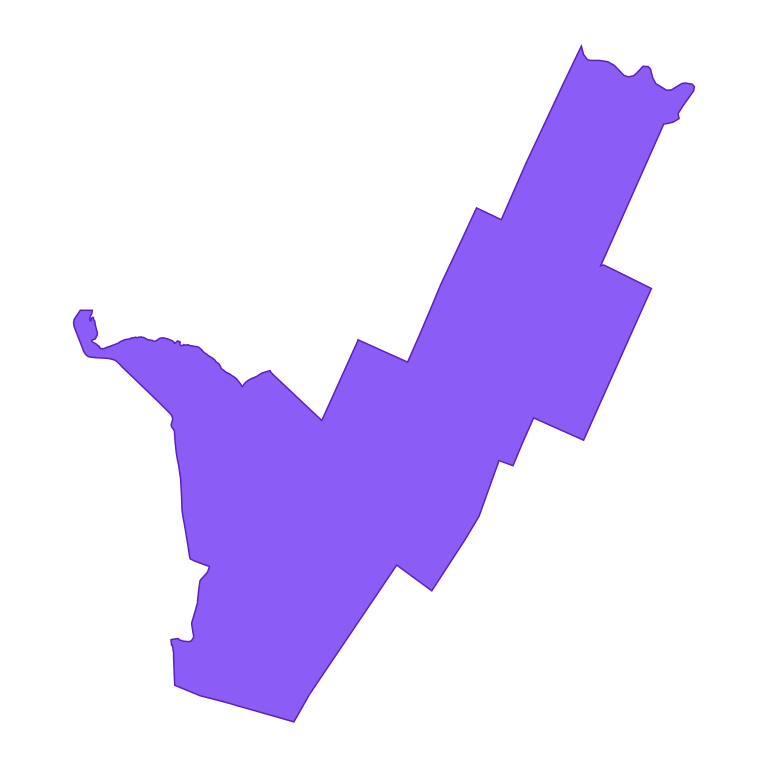 Suhaia, Teleorman, Romania
{"feature_id": "2599482B91866656002466", "entity_name": "Suhaia", "entity_type": "district", "adm_level": 2, "iso_a3": "ROU", "parent_name": "Romania", "parent_adm1": "Teleorman", "projection": "albers", "projection_center": [25.195, 43.756], "detail": "fine", "context": "isolated", "style": "filled", "palette": "violet", "viewbox_px": 768, "rotation_deg": 0, "n_neighbors": 0, "source": "geoboundaries", "source_scale": "gbopen_adm2", "svg_char_len": 5915}
<svg xmlns="http://www.w3.org/2000/svg" viewBox="0 0 768 768"><path d="M651.4,288.5L604.1,265.1L603.0,265.1L601.4,265.5L600.7,265.8L663.8,124.0L667.4,123.5L673.0,122.2L679.1,118.6L678.1,113.6L683.2,105.5L693.6,91.0L694.4,86.7L692.1,84.1L684.9,83.0L681.9,83.5L671.4,89.9L666.5,90.2L655.8,83.6L652.7,77.8L650.5,69.0L648.2,66.6L643.0,66.3L636.6,73.2L633.5,75.8L628.4,76.9L624.0,75.4L614.3,65.4L607.8,61.7L599.0,60.4L590.3,60.4L587.5,59.7L583.5,54.4L582.1,48.7L581.3,46.1L562.6,85.2L525.6,164.1L501.3,219.7L476.5,207.9L463.0,237.1L440.9,284.2L429.8,310.8L418.8,336.6L407.6,362.1L358.0,339.8L357.9,340.6L321.8,420.5L275.1,376.5L271.1,372.5L270.5,371.7L270.1,370.7L269.5,370.7L265.5,372.0L264.4,372.3L263.5,372.5L262.8,372.7L261.9,373.1L259.6,374.4L258.3,375.4L257.3,376.1L254.0,377.6L252.4,378.1L249.1,379.8L248.5,380.2L247.3,381.0L246.3,381.8L245.6,382.5L245.0,383.1L243.5,384.9L243.0,385.8L242.2,386.6L239.4,382.3L238.9,381.7L237.6,380.4L237.1,379.4L236.3,378.8L235.9,378.3L235.6,378.1L234.8,377.5L233.9,376.8L233.0,376.2L232.4,376.0L231.9,375.6L230.9,374.9L229.8,374.0L227.9,373.1L226.6,372.6L225.6,371.9L223.7,370.3L223.0,369.8L222.0,369.1L221.0,368.2L220.6,366.6L220.3,366.0L219.4,364.7L219.0,364.0L218.6,363.5L218.2,363.2L217.5,362.8L217.0,362.6L216.4,362.2L215.4,360.9L214.9,360.1L214.6,359.8L213.9,359.3L213.2,358.6L212.4,358.0L208.1,355.4L206.8,354.2L206.0,353.8L204.5,352.8L203.3,351.7L202.6,350.9L201.7,349.8L201.0,349.1L200.1,348.4L198.8,347.3L197.6,346.8L196.5,346.6L194.0,346.3L192.2,345.9L191.3,345.7L190.4,345.7L190.0,345.5L188.8,345.0L188.3,344.8L187.0,344.8L185.6,345.1L184.9,345.0L184.4,345.1L184.1,344.6L183.9,344.6L183.8,345.2L183.6,345.3L182.7,345.2L182.2,345.3L181.8,345.7L181.3,345.7L181.0,345.6L180.9,345.7L180.7,345.5L180.3,345.0L180.0,344.3L179.8,343.8L179.8,343.4L179.9,343.2L180.2,342.6L180.1,342.0L180.0,341.8L177.6,340.9L177.2,341.1L176.7,341.9L176.2,342.3L175.6,342.6L175.0,342.8L174.8,343.2L174.2,343.3L174.1,342.6L173.6,341.9L173.0,341.3L172.1,340.7L171.4,340.3L169.1,339.5L167.8,338.9L166.0,338.6L165.0,338.1L164.6,338.0L163.4,337.9L161.9,337.9L160.4,338.1L159.7,338.4L159.2,338.7L155.9,340.9L155.3,341.2L154.6,341.2L153.2,341.0L152.9,340.8L152.5,340.5L151.1,340.2L149.0,339.9L148.6,339.7L147.7,339.6L147.2,339.4L146.2,338.8L145.6,338.6L145.2,338.2L144.5,338.0L144.0,337.6L143.5,337.4L142.1,337.3L141.6,337.0L141.2,336.9L140.9,337.0L140.5,337.2L140.3,337.3L139.6,337.1L139.1,337.2L138.7,337.1L138.4,337.2L137.3,337.8L137.0,337.8L136.3,337.4L135.9,337.3L135.2,337.2L134.6,337.5L134.1,337.5L133.5,337.8L133.1,337.9L132.9,337.9L132.5,337.8L131.6,337.9L131.3,338.1L129.6,338.9L129.0,339.1L128.0,339.1L127.4,339.3L127.1,339.4L126.6,339.3L126.0,339.4L125.5,339.6L124.0,340.0L123.4,340.3L122.9,340.6L122.1,340.8L119.6,342.1L118.9,342.6L118.4,343.1L117.1,343.6L116.3,343.9L113.7,344.9L113.0,345.1L112.4,345.4L111.0,345.9L110.4,346.2L108.2,346.9L106.9,347.3L104.0,348.6L103.2,348.6L102.9,348.8L102.7,348.6L102.3,348.7L101.8,348.7L101.5,348.6L100.7,348.6L100.1,348.2L99.9,347.6L99.4,347.3L99.3,347.0L99.2,346.5L99.1,346.3L98.9,346.0L98.5,345.8L97.9,345.6L97.4,345.1L97.1,344.8L96.6,344.4L96.5,344.2L96.2,344.0L95.5,343.6L94.6,343.1L93.9,342.8L93.0,342.3L92.4,341.8L92.1,341.5L91.9,341.0L91.8,340.6L91.9,340.3L92.0,340.0L92.2,339.8L92.5,339.9L93.5,339.6L93.8,339.3L94.2,339.2L94.7,339.3L95.0,339.2L95.2,338.8L95.2,338.6L95.7,338.2L95.8,338.0L96.0,337.6L96.3,336.6L96.3,336.4L96.9,335.9L97.1,335.7L97.1,335.3L97.4,333.8L97.4,333.2L97.3,332.4L97.1,331.6L96.9,330.9L96.3,328.8L96.0,327.7L95.6,326.2L95.5,325.5L95.1,323.7L94.8,321.3L94.6,320.7L94.0,320.0L93.6,319.3L93.5,318.8L93.5,317.7L93.3,317.4L93.0,317.3L92.7,317.4L92.3,317.6L91.9,317.9L91.5,318.4L91.2,319.1L91.1,320.4L91.0,320.8L90.5,320.8L90.2,320.7L90.0,320.4L89.9,319.5L89.8,318.8L89.9,318.0L90.0,317.5L90.4,316.5L90.6,316.0L90.8,315.6L91.2,314.7L91.7,313.9L91.9,313.4L92.0,313.0L91.8,312.4L92.0,312.0L92.1,311.7L92.3,310.3L80.3,310.3L77.9,313.9L76.8,315.4L75.5,317.3L74.4,319.1L74.1,319.8L73.7,321.6L73.6,322.9L73.7,324.1L74.1,326.4L75.0,328.9L79.0,339.2L79.9,341.5L83.1,349.7L83.6,351.1L84.1,352.1L84.7,353.2L85.7,354.5L86.5,355.2L87.3,355.9L88.3,356.5L89.1,356.8L90.2,357.1L91.4,357.2L94.5,357.6L102.3,358.0L108.6,358.5L109.4,358.7L111.8,359.2L113.2,359.6L114.5,360.1L115.4,360.5L116.4,361.2L118.1,362.6L119.8,364.3L120.6,365.3L121.0,365.6L121.8,366.6L129.3,373.8L153.6,397.2L159.3,402.6L161.5,404.8L162.5,406.0L163.9,407.3L169.8,413.2L171.4,415.1L172.1,416.6L172.6,418.3L172.6,419.3L172.3,420.8L171.3,424.2L171.2,424.9L171.2,425.4L171.6,426.7L172.4,428.0L173.8,429.9L174.4,431.2L174.7,435.2L174.7,436.0L175.2,442.4L175.9,449.2L176.3,452.9L177.3,459.1L178.5,464.5L178.8,466.3L179.8,473.6L180.6,478.8L181.3,491.7L181.6,497.2L181.8,504.1L181.9,505.4L181.9,507.9L182.1,511.0L183.1,517.5L183.2,518.1L184.1,522.6L186.1,534.4L188.0,546.0L189.5,555.9L190.0,558.2L190.4,559.0L192.9,560.2L193.8,560.7L200.9,563.4L206.7,565.5L207.8,565.9L208.2,566.0L208.6,566.0L209.0,566.3L209.2,566.6L209.3,566.9L208.9,568.2L207.9,571.0L207.4,572.1L206.9,572.9L202.9,577.3L200.8,579.7L200.4,580.2L200.0,580.9L199.9,581.3L198.9,588.5L197.5,601.4L197.5,602.6L197.6,603.1L197.4,603.5L196.6,605.9L195.9,608.5L195.2,610.9L192.9,618.8L192.1,621.6L191.8,622.4L191.7,623.8L191.8,625.2L192.3,627.9L192.8,631.7L193.6,635.5L193.6,636.4L193.5,637.2L193.1,638.1L192.8,638.7L192.4,639.4L191.9,640.0L191.5,640.4L190.8,641.0L190.4,641.2L189.1,641.6L188.5,641.6L187.0,641.5L182.8,641.1L181.9,640.5L180.9,640.3L179.8,640.2L179.1,639.7L179.0,639.3L178.8,639.0L178.3,638.6L177.6,638.6L171.9,639.4L171.1,639.7L170.9,639.9L171.0,640.5L171.6,645.1L172.3,645.2L172.9,648.0L173.1,650.4L173.3,651.6L173.8,653.8L173.7,654.3L173.5,654.7L174.7,685.3L200.3,695.8L226.0,702.4L238.2,706.0L293.9,721.9L309.6,694.2L396.7,565.1L431.8,590.8L465.0,539.7L479.0,516.4L499.0,460.6L513.0,465.7L522.6,442.7L533.6,417.9L583.6,440.2L651.4,288.5Z" fill="#8b5cf6" stroke="#5b21b6" stroke-width="1.5"/></svg>